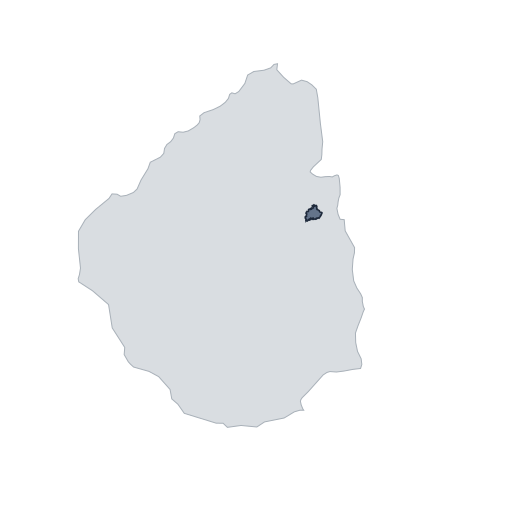 Minas de Corrales, Rivera, Uruguay shown in context, rotated 41°
{"feature_id": "84410073B24709911994057", "entity_name": "Minas de Corrales", "entity_type": "district", "adm_level": 2, "iso_a3": "URY", "parent_name": "Uruguay", "parent_adm1": "Rivera", "projection": "albers", "projection_center": [-55.503, -31.525], "detail": "fine", "context": "in_parent", "style": "filled", "palette": "slate", "viewbox_px": 512, "rotation_deg": 41, "n_neighbors": 0, "source": "geoboundaries", "source_scale": "gbopen_adm2", "svg_char_len": 4113}
<svg xmlns="http://www.w3.org/2000/svg" viewBox="0 0 512 512"><g transform="rotate(41 256 256)"><path d="M393.2,341.1L390.3,343.6L387.2,348.4L383.5,359.8L371.3,375.6L368.8,384.5L355.9,393.7L346.8,404.1L340.9,403.8L335.6,408.3L305.1,421.8L294.3,419.1L286.2,419.1L278.7,413.1L261.6,410.9L250.9,413.3L236.5,420.1L232.2,420.0L229.0,419.6L221.2,416.9L216.9,411.1L194.7,404.6L176.6,389.4L155.4,389.5L139.2,391.8L136.7,389.8L135.0,385.9L131.5,380.3L117.2,367.0L105.8,353.8L103.3,340.6L104.4,326.1L107.3,308.9L106.6,303.6L110.6,300.5L114.7,299.7L118.5,295.2L121.8,288.5L122.3,283.4L119.4,274.1L117.2,261.0L114.7,254.6L119.0,244.1L119.1,239.1L116.4,234.8L115.6,230.3L116.6,225.6L116.3,221.2L114.5,216.9L115.7,213.3L119.8,210.4L122.8,206.1L124.8,200.2L125.7,195.8L125.7,192.7L124.4,189.9L121.7,187.2L122.8,181.8L127.6,173.7L130.7,166.4L132.0,160.1L131.8,155.1L130.1,151.3L130.7,148.7L133.8,147.3L135.1,143.2L134.4,133.1L131.0,124.9L133.3,118.2L140.2,110.5L143.7,104.3L143.9,99.6L146.1,96.8L149.5,101.8L159.6,103.0L169.6,103.0L171.2,101.7L175.0,93.4L180.2,90.9L185.9,90.2L192.1,90.6L198.8,96.0L217.6,113.7L231.4,126.0L235.6,131.9L239.2,136.3L241.9,140.3L240.8,151.0L241.0,155.6L241.7,157.0L244.8,157.1L249.4,156.3L253.3,154.0L256.3,150.6L259.3,147.8L261.7,146.3L262.5,144.1L263.9,141.7L265.3,141.2L268.0,142.9L274.4,149.0L279.3,154.6L280.5,157.9L282.4,161.2L284.4,164.1L285.8,167.0L290.6,170.7L295.4,173.1L298.7,170.7L306.8,178.5L324.9,185.0L328.2,189.0L331.2,194.6L337.5,203.0L346.1,210.7L353.1,214.0L359.8,215.9L363.5,217.6L366.0,220.5L370.1,223.7L372.7,224.9L373.5,227.7L376.0,233.9L378.7,241.6L381.6,248.9L388.0,255.9L395.2,261.4L402.8,264.6L407.0,268.4L408.7,272.3L403.5,278.0L397.8,285.2L392.8,290.8L387.6,294.7L385.9,297.4L384.7,301.7L384.4,324.3L383.8,332.7L384.1,335.0L384.8,336.5L387.9,338.8L391.7,340.7L393.2,341.1Z" fill="#d9dde1" stroke="#a8b0b8" stroke-width="1"/><path d="M268.2,193.2L267.8,193.5L267.5,193.6L267.5,193.8L267.6,194.0L267.5,194.3L268.0,194.6L268.1,194.9L268.5,195.0L268.7,195.3L268.9,195.3L269.1,195.2L269.4,195.2L269.7,195.3L269.7,195.5L270.0,195.6L270.0,196.2L270.2,196.5L270.5,196.5L270.8,196.8L270.8,196.4L271.8,196.0L271.9,195.8L271.8,195.5L271.8,195.0L271.9,194.8L271.7,194.7L271.8,194.5L271.8,194.4L271.7,194.3L271.7,194.2L271.9,194.2L272.0,194.2L271.9,193.9L272.0,193.4L272.2,193.1L272.6,193.1L272.8,193.2L272.8,193.4L272.8,193.7L272.9,193.8L273.1,193.7L273.0,193.2L272.6,192.8L272.2,192.6L272.3,192.3L272.6,192.0L273.0,192.0L272.9,191.8L272.7,191.6L272.6,191.4L272.8,191.4L273.0,191.5L273.2,191.2L273.6,191.1L274.0,191.4L274.4,191.5L274.6,190.9L274.3,190.8L274.2,190.7L274.1,190.4L274.0,190.1L274.1,189.8L274.3,189.8L274.5,190.0L274.6,190.4L274.9,190.6L275.2,190.6L275.4,190.4L275.6,190.4L275.6,190.0L275.7,189.8L276.2,189.6L276.8,189.3L276.9,189.0L276.8,188.7L276.7,188.5L276.8,188.3L276.7,188.0L276.7,187.8L276.9,187.7L277.1,187.7L277.3,187.5L277.5,187.7L277.6,187.1L277.8,187.0L277.7,186.7L278.0,186.5L278.0,186.2L278.5,186.1L278.8,186.1L278.8,185.4L278.7,185.2L278.6,184.2L278.7,183.9L278.3,183.6L278.0,182.9L278.4,182.6L278.3,182.1L277.8,180.9L277.7,180.3L277.4,180.0L277.1,180.0L276.6,180.2L276.1,180.6L275.1,180.9L274.2,180.5L274.0,180.2L273.7,180.4L273.0,180.4L272.2,180.6L271.9,180.8L271.8,180.7L271.5,180.8L271.4,180.5L271.1,180.6L270.8,180.5L270.6,180.0L269.9,179.7L269.8,179.2L269.7,179.1L269.7,178.9L268.6,178.3L268.4,178.6L268.1,178.5L267.6,179.0L268.0,179.4L267.8,179.8L267.4,180.2L266.9,180.0L266.3,179.3L266.1,179.3L266.0,180.3L265.4,181.0L265.5,181.4L265.7,181.5L266.0,181.4L266.3,181.2L266.7,181.2L267.6,181.9L267.5,182.1L267.6,182.4L267.3,182.5L267.2,183.0L267.2,183.5L266.6,183.1L266.3,183.3L266.3,183.5L266.9,183.9L266.9,184.1L266.6,184.1L266.2,184.1L266.1,184.3L266.6,184.4L266.7,184.6L266.8,184.8L266.7,185.1L266.4,185.1L266.0,185.0L265.5,185.8L265.2,186.1L265.2,186.5L265.3,186.7L265.7,186.8L265.9,187.4L266.3,187.8L266.3,188.2L265.9,188.5L265.4,188.8L265.6,189.0L265.2,189.6L265.3,190.2L265.6,190.7L265.7,191.0L266.0,191.1L266.2,190.8L266.5,190.8L266.9,191.1L267.4,192.4L268.1,192.7L268.2,193.2Z" fill="#64748b" stroke="#1e293b" stroke-width="1.5"/></g></svg>